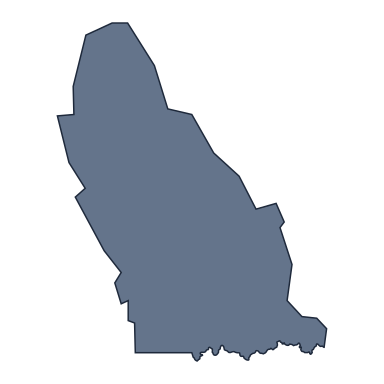 Luakpiny/Nasir, Upper Nile, South Sudan (Robinson projection)
{"feature_id": "79223893B70748738440916", "entity_name": "Luakpiny/Nasir", "entity_type": "district", "adm_level": 2, "iso_a3": "SSD", "parent_name": "South Sudan", "parent_adm1": "Upper Nile", "projection": "robinson", "projection_center": [33.401, 8.901], "detail": "fine", "context": "isolated", "style": "filled", "palette": "slate", "viewbox_px": 384, "rotation_deg": 0, "n_neighbors": 0, "source": "geoboundaries", "source_scale": "gbopen_adm2", "svg_char_len": 3432}
<svg xmlns="http://www.w3.org/2000/svg" viewBox="0 0 384 384"><path d="M193.2,357.2L194.0,357.7L194.3,358.4L194.8,359.3L195.4,360.1L196.4,360.7L197.1,361.0L197.8,360.4L198.7,359.5L199.4,359.1L199.8,358.8L199.9,357.9L199.9,356.9L200.5,356.2L201.2,356.0L202.0,355.6L202.5,355.2L202.3,354.7L201.9,354.5L201.1,354.5L200.6,354.2L200.2,353.7L200.3,352.9L200.9,352.4L201.8,352.2L202.7,352.3L204.0,352.3L205.1,351.9L205.6,351.6L206.2,350.4L206.8,349.9L207.5,349.7L208.0,349.7L208.5,349.1L208.5,348.6L208.6,347.7L209.3,347.3L210.2,347.5L210.8,348.0L211.5,348.6L212.3,349.0L212.4,349.7L212.4,350.6L212.3,351.5L212.3,352.3L212.8,352.8L213.1,353.6L213.5,354.5L214.1,355.0L214.8,355.2L215.7,355.2L216.6,354.8L217.2,354.1L217.8,353.5L218.5,352.3L218.5,351.5L218.5,350.4L218.9,349.8L219.8,349.3L220.2,348.7L220.3,347.4L220.9,346.1L221.4,345.5L222.3,345.4L223.2,346.0L223.8,347.0L224.1,348.4L224.4,349.7L225.2,350.2L226.4,350.6L227.4,351.0L228.1,351.8L228.8,352.4L229.5,352.5L230.4,352.5L232.0,351.9L233.4,351.6L234.4,351.7L235.1,352.2L236.1,352.5L237.0,352.7L238.0,352.8L239.0,352.8L239.6,353.0L239.8,353.9L240.0,355.3L240.6,356.1L241.9,356.4L243.0,356.2L243.5,356.5L243.8,357.1L244.0,358.0L244.9,358.8L245.9,359.5L247.1,360.0L248.2,360.1L248.7,359.9L248.9,359.3L248.8,358.3L248.8,357.7L249.3,357.1L249.9,356.5L250.1,355.6L250.6,354.8L251.3,354.4L252.1,353.8L252.7,353.4L253.5,353.3L254.5,353.0L255.1,352.5L255.5,352.0L255.8,351.1L256.3,350.7L257.0,350.7L257.9,350.9L258.5,351.4L258.8,351.7L259.3,352.5L259.7,352.9L260.7,353.3L261.8,353.3L262.6,353.6L263.5,353.8L264.3,353.3L265.1,353.0L265.9,352.3L266.9,350.7L267.6,349.8L268.5,349.3L269.2,349.3L270.1,349.1L270.7,348.4L271.1,348.4L272.0,349.1L272.6,349.6L273.1,349.6L273.7,349.4L274.1,348.6L274.8,348.3L275.5,347.7L276.3,347.4L276.7,347.2L277.0,346.2L277.4,345.3L277.4,344.1L277.2,343.3L276.9,342.7L276.9,342.1L277.3,341.8L277.9,341.6L278.8,341.1L279.5,340.8L279.9,340.9L280.2,341.7L280.7,342.2L281.3,342.3L281.9,342.7L282.0,343.3L282.2,343.8L282.7,344.0L283.1,344.0L283.3,343.4L283.9,343.0L284.3,343.0L284.5,343.6L284.9,344.2L286.0,344.9L287.1,345.3L288.2,345.3L288.7,345.2L289.3,344.5L289.8,344.1L290.8,344.3L292.0,344.5L292.5,344.7L293.2,345.4L293.7,345.6L294.3,345.3L295.2,345.0L296.0,345.0L296.9,344.7L297.7,344.3L298.3,343.3L298.9,343.1L299.4,343.3L299.8,344.0L300.0,344.7L300.3,345.3L300.0,345.8L299.5,346.4L299.4,346.9L299.4,347.2L299.7,347.6L300.4,347.3L301.0,347.1L301.3,347.6L301.2,348.1L300.8,349.2L301.1,350.4L301.7,351.2L302.2,351.5L303.1,351.5L303.8,351.8L304.4,352.4L304.8,352.6L305.6,352.6L306.3,352.6L307.1,352.6L307.8,352.5L308.6,352.1L309.1,352.0L309.4,352.2L309.7,352.8L309.7,353.3L310.3,354.1L310.7,354.2L311.2,353.9L311.8,353.2L312.2,352.5L312.0,351.9L312.0,351.4L312.0,350.4L312.5,349.7L313.3,349.5L313.8,348.5L314.2,347.6L314.8,346.8L315.7,346.4L316.3,345.8L316.3,345.1L316.6,344.1L317.3,344.0L317.9,344.2L318.5,344.8L319.2,345.5L319.7,346.0L320.5,346.4L321.4,346.3L322.1,346.1L322.7,346.3L323.0,346.7L323.9,347.3L324.1,347.3L326.6,328.7L316.7,318.2L301.9,316.6L287.1,300.6L292.0,264.5L280.0,227.6L284.2,222.0L276.1,203.4L256.0,209.1L239.1,176.2L213.7,153.0L191.8,114.5L167.8,108.9L154.4,65.6L127.6,23.0L112.1,23.0L85.9,35.1L73.2,86.4L73.9,114.5L57.4,115.9L69.0,162.6L85.2,188.3L75.3,197.1L104.2,250.8L121.2,272.5L114.8,282.9L121.2,303.8L128.2,300.6L128.2,320.6L134.6,323.0L135.3,352.7L191.8,352.7L193.2,357.2Z" fill="#64748b" stroke="#1e293b" stroke-width="1.5"/></svg>